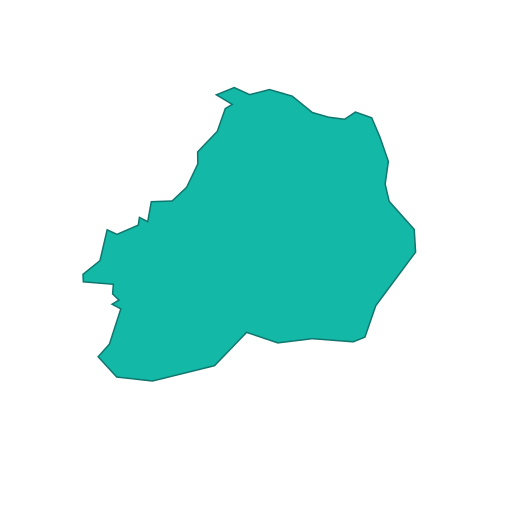 Oslomej, Oslomej, North Macedonia (Robinson projection), rotated 36°
{"feature_id": "65306769B21440943325425", "entity_name": "Oslomej", "entity_type": "district", "adm_level": 2, "iso_a3": "MKD", "parent_name": "North Macedonia", "parent_adm1": "Oslomej", "projection": "robinson", "projection_center": [21.017, 41.59], "detail": "fine", "context": "isolated", "style": "filled", "palette": "teal", "viewbox_px": 512, "rotation_deg": 36, "n_neighbors": 0, "source": "geoboundaries", "source_scale": "gbopen_adm2", "svg_char_len": 754}
<svg xmlns="http://www.w3.org/2000/svg" viewBox="0 0 512 512"><g transform="rotate(36 256 256)"><path d="M385.1,268.3L391.8,257.6L382.1,225.8L382.8,159.0L368.4,141.5L331.6,133.5L318.2,121.9L307.5,101.7L286.6,87.1L268.4,76.2L251.8,81.1L247.3,93.3L232.8,101.2L217.2,106.8L191.3,105.4L169.1,113.4L156.0,129.2L139.4,132.5L129.2,148.9L147.7,147.3L144.5,154.7L151.4,177.9L147.6,206.1L154.8,215.7L159.5,241.1L155.8,260.8L139.4,273.6L148.2,291.9L139.0,293.3L142.6,300.2L130.8,320.2L120.2,322.3L132.5,351.5L126.8,372.5L131.5,378.4L157.2,362.7L162.3,371.0L171.0,372.2L167.9,379.6L177.7,378.2L189.2,413.4L187.5,430.3L214.5,435.8L245.7,418.0L286.9,369.1L293.3,323.3L324.7,313.5L350.0,289.9L385.1,268.3Z" fill="#14b8a6" stroke="#0f766e" stroke-width="1.5"/></g></svg>